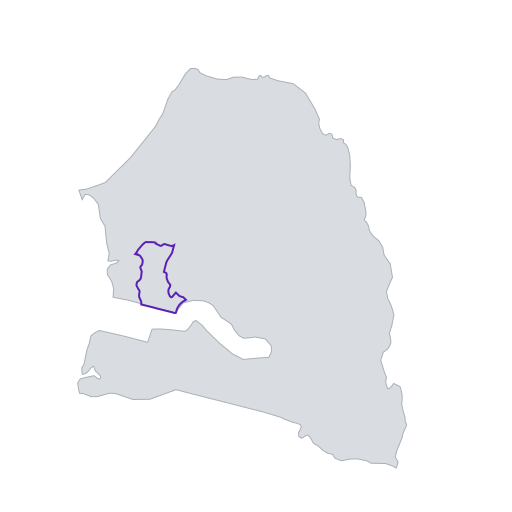 where Kaolack sits in Senegal, rotated 14°
{"feature_id": "SEN-765", "entity_name": "Kaolack", "entity_type": "Region", "adm_level": 1, "iso_a3": "SEN", "parent_name": "Senegal", "parent_adm1": "", "projection": "equal_earth", "projection_center": [-15.993, 13.984], "detail": "fine", "context": "in_parent", "style": "outline", "palette": "violet", "viewbox_px": 512, "rotation_deg": 14, "n_neighbors": 0, "source": "natural_earth", "source_scale": "10m", "svg_char_len": 4443}
<svg xmlns="http://www.w3.org/2000/svg" viewBox="0 0 512 512"><g transform="rotate(14 256 256)"><path d="M387.8,230.5L393.6,243.7L392.4,250.0L391.2,259.2L394.5,265.9L398.3,270.3L401.0,274.3L404.1,279.9L404.6,290.9L404.1,298.9L406.1,302.5L407.8,307.0L407.5,310.8L406.4,314.1L402.8,318.6L402.2,326.9L408.2,336.9L412.0,342.3L412.0,345.5L413.1,348.9L415.9,352.9L417.6,352.0L419.5,348.7L420.4,346.4L425.5,347.4L427.9,348.5L431.2,355.0L432.4,359.4L433.3,364.8L436.7,371.7L439.7,376.5L440.4,379.5L443.1,383.6L441.5,392.6L441.7,397.3L439.9,409.4L439.6,415.2L439.7,417.3L443.8,421.6L443.4,427.8L439.3,426.7L432.1,426.0L417.8,429.2L412.9,427.9L403.5,428.3L396.8,430.1L388.3,434.1L381.7,433.1L378.1,429.9L373.4,430.1L368.1,428.5L362.5,425.4L357.3,423.9L351.8,418.3L349.2,417.3L347.3,418.7L345.8,420.6L344.2,421.8L341.2,420.7L340.0,416.9L341.0,413.2L341.2,410.5L339.8,408.9L336.4,408.4L331.0,408.4L322.1,407.3L320.1,406.6L300.3,405.6L279.8,405.5L262.5,405.4L240.5,405.3L225.1,405.2L210.7,405.1L199.6,412.6L187.6,420.7L171.4,425.0L152.8,423.4L146.9,424.6L140.7,428.2L136.2,430.8L129.8,432.4L121.5,431.1L118.1,431.9L116.0,428.2L113.7,422.2L115.2,417.8L120.2,415.0L127.8,411.3L131.8,413.2L134.1,413.3L134.6,410.9L133.8,409.7L128.1,406.4L125.1,402.2L122.7,404.7L120.5,409.9L118.8,411.4L116.2,412.9L114.7,409.4L114.1,405.9L115.3,403.3L114.7,388.4L115.4,380.5L115.0,373.6L118.6,369.0L122.0,366.2L135.3,365.9L147.7,365.7L159.6,365.8L171.7,366.0L172.9,352.1L176.8,351.0L182.5,349.6L193.2,347.9L205.2,346.3L207.7,343.6L209.7,339.0L210.9,334.9L213.4,333.1L216.7,334.5L221.1,336.7L225.6,340.0L230.9,343.1L234.3,345.1L242.6,349.9L256.9,356.7L268.6,359.5L282.7,354.5L292.9,351.3L294.2,345.3L292.6,339.5L285.0,334.2L274.6,334.8L271.5,336.2L266.6,338.0L263.7,338.7L258.9,337.5L252.7,332.9L248.8,328.2L243.3,326.1L236.9,323.9L226.5,314.4L221.1,312.7L216.0,312.2L206.1,314.1L196.6,319.2L191.5,330.7L181.9,330.5L161.5,330.2L142.8,329.8L127.3,330.6L125.8,322.2L122.1,315.5L116.2,309.9L114.9,304.6L116.9,300.0L122.7,296.2L124.0,293.5L121.0,293.9L116.4,296.3L113.4,296.4L113.0,289.1L108.0,279.7L102.3,263.7L95.9,257.2L90.6,244.3L84.9,239.4L79.8,237.1L75.3,237.5L73.7,243.4L68.2,234.9L75.8,231.9L91.9,221.3L110.4,190.9L127.0,154.9L129.1,146.4L131.2,140.0L132.5,125.3L134.9,116.6L137.1,114.9L139.9,108.2L143.3,96.5L147.1,90.0L151.4,88.7L154.8,89.2L157.1,91.7L164.1,93.2L175.7,93.7L184.6,92.0L190.9,87.9L199.2,85.8L209.4,85.8L214.8,84.1L215.4,80.7L216.7,79.7L218.8,81.0L220.9,80.5L222.8,78.1L224.6,77.9L226.5,80.0L235.1,80.6L250.4,79.8L264.6,86.0L277.6,99.1L284.4,107.9L284.8,112.3L287.0,116.7L290.9,121.2L294.4,122.0L297.6,119.2L300.2,119.5L302.0,122.9L305.7,123.6L309.9,121.5L312.8,122.2L313.3,124.3L314.0,125.3L316.0,125.8L318.7,128.4L322.5,135.4L325.6,145.2L328.1,157.7L331.2,164.5L335.1,165.6L337.4,168.2L337.8,171.2L339.0,173.2L340.9,174.3L344.2,173.7L348.0,177.9L352.2,187.1L352.9,191.2L352.3,193.5L352.5,195.1L355.3,196.6L357.9,199.7L360.1,204.2L364.7,208.2L371.7,211.7L376.9,217.0L380.0,224.0L386.5,229.9L387.8,230.5Z" fill="#d9dde1" stroke="#a8b0b8" stroke-width="1"/><path d="M192.2,326.2L192.1,327.3L192.0,330.5L191.0,331.0L188.0,330.9L184.2,330.9L180.4,330.9L176.7,330.9L172.9,330.9L169.1,330.8L165.3,330.8L161.5,330.8L157.7,330.8L156.4,330.8L156.2,330.2L155.9,328.6L155.1,327.2L153.1,324.8L152.6,324.0L152.2,323.2L152.0,322.0L151.7,319.3L151.5,318.3L151.1,317.6L150.7,317.2L149.7,316.4L147.8,314.3L147.2,313.5L147.0,312.8L146.9,312.1L146.9,310.9L147.0,310.3L147.1,309.7L147.5,309.2L148.4,308.2L149.1,307.0L149.4,306.4L149.5,305.8L149.6,305.1L149.6,304.5L148.9,298.9L148.5,298.1L147.8,297.2L146.5,295.1L146.5,294.4L146.7,293.8L147.3,292.6L147.5,291.9L147.6,291.0L147.5,290.0L147.3,288.2L146.9,287.3L146.5,286.7L145.6,285.8L143.9,284.3L143.5,283.9L143.2,283.7L142.9,283.6L139.0,283.4L139.4,283.0L138.5,283.0L139.3,281.4L140.0,278.7L143.0,272.7L144.7,270.1L145.4,269.4L146.0,269.0L147.9,268.7L151.6,267.7L154.7,267.3L155.3,267.4L155.3,267.8L155.6,268.2L160.8,269.3L162.0,268.7L163.2,267.2L164.4,266.5L167.4,266.7L171.9,266.8L173.9,265.2L173.8,273.2L172.7,276.7L171.1,281.2L170.5,284.2L170.5,289.5L170.5,293.7L173.1,294.3L174.0,295.8L174.2,297.8L174.9,299.6L177.1,302.6L179.8,304.7L180.0,306.8L179.3,308.8L179.3,310.9L180.2,313.3L182.0,315.7L183.5,316.6L184.6,316.0L185.7,313.6L187.1,310.9L191.3,313.3L193.7,313.6L195.5,313.6L198.6,315.5L196.0,318.0L194.1,320.7L193.4,322.1L192.8,323.8L192.3,325.6L192.2,326.2Z" fill="none" stroke="#5b21b6" stroke-width="2"/></g></svg>